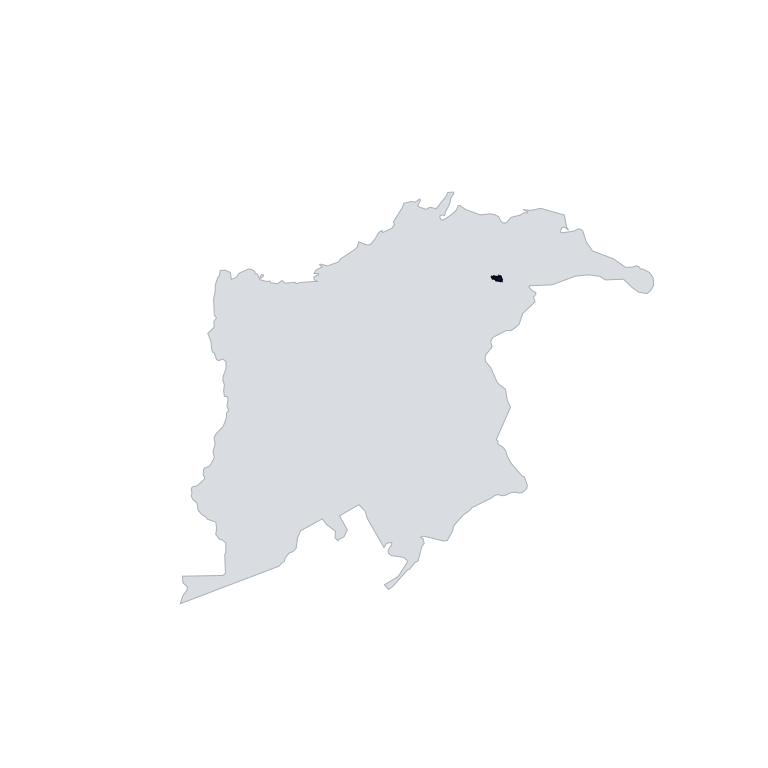 Norosi, Bolívar, Colombia shown in context, rotated 60°
{"feature_id": "7082276B10852217630154", "entity_name": "Norosi", "entity_type": "district", "adm_level": 2, "iso_a3": "COL", "parent_name": "Colombia", "parent_adm1": "Bolívar", "projection": "natural_earth1", "projection_center": [-74.124, 8.493], "detail": "fine", "context": "in_parent", "style": "filled", "palette": "ink", "viewbox_px": 768, "rotation_deg": 60, "n_neighbors": 0, "source": "geoboundaries", "source_scale": "gbopen_adm2", "svg_char_len": 5823}
<svg xmlns="http://www.w3.org/2000/svg" viewBox="0 0 768 768"><g transform="rotate(60 384 384)"><path d="M431.8,117.5L425.5,120.5L413.0,124.2L404.5,140.3L398.7,143.2L391.5,152.7L386.2,164.6L382.2,188.7L371.6,209.1L372.5,210.0L376.7,209.1L380.7,206.9L382.1,207.6L383.6,211.2L388.4,212.1L392.3,228.6L399.7,237.0L400.5,240.3L401.4,247.2L398.8,251.3L398.1,266.5L400.4,270.3L405.9,271.8L409.6,281.2L411.9,283.4L415.2,284.8L423.3,283.4L437.9,285.0L441.3,284.7L449.4,281.4L459.8,285.4L467.4,286.1L488.3,314.6L490.4,313.8L493.0,315.4L498.3,312.5L502.8,312.0L508.7,313.5L516.6,313.5L532.3,310.5L534.7,308.9L543.3,310.5L545.9,312.7L547.2,318.0L546.2,321.2L543.2,324.6L541.5,328.8L541.2,334.0L539.7,337.8L536.9,340.3L535.8,343.9L536.4,348.6L535.0,370.1L536.2,371.9L537.1,380.7L540.8,392.2L542.5,395.4L545.6,398.1L551.2,407.6L549.9,410.8L535.7,425.5L535.0,428.9L537.7,427.5L542.1,428.9L543.6,432.5L554.2,442.8L554.1,446.7L557.1,454.4L556.6,456.2L563.9,478.2L564.2,482.8L558.1,484.1L557.8,469.3L557.0,466.3L550.1,453.2L548.6,452.1L544.0,453.6L536.3,463.4L532.7,464.8L529.9,463.4L527.0,457.7L525.1,456.6L523.2,461.4L525.6,465.8L491.7,465.7L485.1,463.9L476.0,466.1L475.9,488.4L491.9,488.7L496.4,495.1L496.0,500.3L496.6,502.2L492.8,503.3L487.2,499.7L477.3,503.9L469.9,504.9L469.4,529.5L473.8,535.7L482.4,542.3L483.6,546.7L483.0,551.0L485.1,556.3L487.9,559.1L487.9,562.2L489.3,565.8L472.4,670.2L466.5,663.8L464.3,658.0L461.4,655.7L455.7,657.5L449.7,654.6L469.3,619.2L468.7,616.0L452.3,607.3L450.6,605.2L442.8,600.5L438.5,601.8L436.0,604.2L430.1,604.9L425.3,601.1L419.5,598.7L412.7,604.6L410.6,604.6L405.7,607.2L400.5,608.1L393.6,605.5L388.1,607.3L384.3,606.9L382.8,605.1L377.9,603.0L377.4,600.6L378.8,596.2L376.7,587.6L375.9,586.1L372.2,586.0L367.8,582.9L367.0,581.0L367.9,577.5L367.1,574.5L362.8,567.6L356.9,565.8L351.3,560.1L345.6,558.1L343.0,554.0L340.5,544.7L334.6,537.5L330.5,535.0L329.1,531.6L324.8,531.2L319.1,526.5L316.5,526.2L314.8,528.4L309.4,526.1L304.9,522.6L300.2,521.7L297.1,519.6L291.5,512.9L285.5,509.7L282.0,510.9L280.9,515.8L278.9,516.7L271.9,515.4L270.8,516.5L268.9,516.3L260.5,512.6L252.1,511.3L250.0,502.9L244.6,499.9L243.0,496.0L239.3,496.5L225.0,488.9L219.0,483.6L214.0,480.7L208.7,474.8L207.9,472.5L203.8,469.1L205.8,464.7L210.7,461.3L217.1,463.9L217.9,458.8L215.6,454.2L216.7,443.9L218.4,441.6L221.9,439.6L224.1,440.3L225.5,438.6L230.7,439.4L232.3,438.7L236.3,434.6L238.0,431.2L239.8,431.6L244.0,426.0L243.3,420.5L247.3,419.2L251.5,410.1L253.3,409.9L254.3,405.5L261.7,390.5L259.0,392.2L256.1,391.2L256.6,386.1L255.7,385.5L253.3,389.4L251.3,385.4L251.8,379.0L248.5,380.2L248.7,378.7L253.5,373.8L255.5,362.7L253.9,358.7L252.9,342.1L252.1,338.9L248.2,334.7L254.4,330.0L256.6,326.4L253.8,319.0L250.1,312.8L250.0,309.0L252.2,309.4L253.1,299.1L251.1,295.1L248.5,295.0L240.3,279.8L237.4,276.6L239.6,269.3L242.1,266.1L241.6,260.5L243.2,260.8L246.7,265.9L248.2,265.1L253.7,260.3L253.9,255.8L258.3,251.1L252.1,235.5L250.0,233.0L252.5,228.0L254.0,228.3L256.4,233.2L260.3,236.4L266.0,245.1L268.5,247.1L266.7,249.0L266.4,251.1L267.2,252.2L270.4,252.5L271.7,250.1L270.9,239.5L269.5,234.2L266.5,230.5L267.5,228.9L273.4,226.3L285.6,216.2L289.8,206.7L293.0,203.2L296.6,201.0L301.0,201.5L304.4,200.3L305.5,197.3L303.2,190.7L305.8,181.7L305.7,177.1L307.4,174.4L306.8,173.3L302.4,176.5L307.0,170.2L310.2,160.5L327.9,143.3L339.5,147.5L343.1,147.2L338.3,149.3L337.6,151.8L339.3,154.4L341.0,155.2L342.5,153.5L346.4,143.5L346.9,137.9L348.6,136.1L351.1,135.4L362.4,137.8L373.1,136.9L390.5,122.6L403.7,116.5L406.9,110.6L407.8,106.2L410.1,104.5L412.6,104.5L414.1,102.1L420.2,98.3L426.7,97.8L433.5,101.2L436.7,107.1L437.2,111.1L431.8,117.5ZM230.9,437.6L230.1,438.3L228.5,437.0L228.0,435.2L229.0,434.0L230.2,434.4L230.9,437.6Z" fill="#d9dde1" stroke="#a8b0b8" stroke-width="1"/><path d="M345.2,237.0L345.3,237.1L345.2,237.3L345.3,237.3L345.5,237.5L345.8,237.5L346.0,237.4L346.0,237.5L346.0,237.4L346.3,237.4L346.5,237.2L346.8,237.1L347.0,237.2L347.0,237.3L347.3,237.4L347.4,237.2L347.4,236.9L347.5,236.8L347.6,236.7L347.8,236.5L347.9,236.4L348.1,236.3L348.2,236.2L348.3,236.1L348.5,235.8L348.5,235.6L348.7,235.4L348.8,235.4L349.0,235.2L349.3,235.2L349.5,235.1L349.7,234.9L349.6,234.7L349.5,234.4L349.7,234.5L349.8,234.5L350.0,234.6L350.1,234.4L350.3,234.4L350.2,234.2L350.3,234.2L350.4,234.3L350.5,234.4L350.5,234.5L350.8,234.6L350.7,234.6L350.8,234.6L350.8,234.9L350.7,234.9L350.7,235.0L350.5,235.3L350.4,235.4L350.5,235.4L350.8,235.2L350.8,234.9L351.0,234.8L351.1,234.6L351.2,234.4L351.2,234.2L351.3,234.0L351.6,233.8L351.6,233.7L351.8,233.7L352.0,233.4L352.1,233.2L352.3,232.9L352.5,232.9L352.6,232.7L352.7,232.4L352.8,232.3L353.0,232.1L353.3,232.0L353.4,231.9L353.5,231.8L353.4,231.7L353.5,231.7L353.6,231.4L353.4,231.4L353.3,231.2L353.2,231.1L353.3,230.9L353.5,230.9L353.8,230.8L353.9,230.7L353.7,230.7L353.4,230.6L353.2,230.4L353.0,230.2L352.9,230.1L352.9,229.7L353.0,229.6L352.9,229.5L352.7,229.6L352.4,229.5L352.2,229.5L352.2,229.4L351.9,229.4L350.4,229.2L350.3,229.4L350.2,229.3L350.1,229.2L349.9,229.1L349.7,229.1L349.5,228.9L349.1,228.9L349.0,229.0L348.8,229.1L348.5,229.3L348.3,229.5L348.2,229.8L348.3,230.0L348.2,230.1L348.2,230.3L347.9,230.4L348.0,230.5L347.9,230.5L348.0,230.6L348.1,230.8L348.1,231.0L348.1,230.9L348.0,231.0L347.9,231.3L348.0,231.3L348.2,231.5L348.1,231.8L348.3,231.9L348.3,232.0L348.2,232.1L348.2,232.3L347.9,232.5L347.9,232.4L347.7,232.5L347.4,232.7L347.3,232.9L347.1,233.1L346.9,233.2L346.8,233.3L346.7,233.5L346.8,233.7L346.7,233.8L346.5,234.0L346.4,234.0L346.2,234.1L346.0,234.3L345.9,234.4L345.9,234.5L345.7,234.6L345.5,234.8L345.4,234.9L345.3,235.0L345.2,235.1L345.3,235.2L345.4,235.3L345.5,235.3L345.8,235.4L346.0,235.4L346.0,235.5L345.9,235.6L345.8,235.9L345.8,236.0L345.7,236.2L345.8,236.3L345.7,236.5L345.5,236.9L345.4,237.0L345.2,237.0Z" fill="#0f172a" stroke="#020617" stroke-width="1.5"/></g></svg>